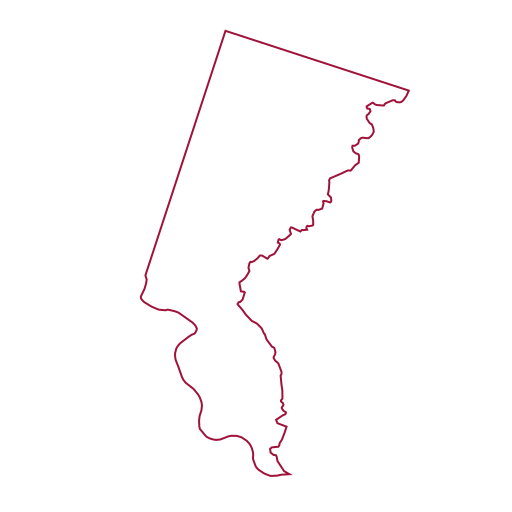 outline of Union, South Dakota, United States of America, rotated 18°
{"feature_id": "52423323B60161926026355", "entity_name": "Union", "entity_type": "district", "adm_level": 2, "iso_a3": "USA", "parent_name": "United States of America", "parent_adm1": "South Dakota", "projection": "robinson", "projection_center": [-96.567, 42.782], "detail": "fine", "context": "isolated", "style": "outline", "palette": "rose", "viewbox_px": 512, "rotation_deg": 18, "n_neighbors": 0, "source": "geoboundaries", "source_scale": "gbopen_adm2", "svg_char_len": 3324}
<svg xmlns="http://www.w3.org/2000/svg" viewBox="0 0 512 512"><g transform="rotate(18 256 256)"><path d="M325.7,405.6L331.0,398.9L332.4,397.9L332.9,397.0L333.0,396.0L332.5,395.3L329.9,394.7L327.7,393.0L327.3,392.1L327.6,390.8L328.1,389.9L328.0,388.8L326.9,387.5L325.2,386.9L324.6,386.4L324.4,385.5L325.0,384.0L325.1,383.1L322.6,375.7L320.0,370.5L316.4,362.2L316.7,360.4L316.2,358.5L310.4,351.2L306.6,349.6L304.3,347.6L304.0,346.5L304.5,343.7L304.3,341.5L301.9,337.9L301.1,337.5L299.4,337.4L291.9,332.2L288.5,327.6L287.7,327.4L283.8,323.1L278.1,320.1L274.8,319.4L272.2,319.1L264.6,315.0L259.4,311.2L253.9,307.9L253.3,307.3L253.8,305.3L255.2,304.6L256.7,301.6L256.6,294.1L255.7,293.7L252.6,294.3L249.0,287.7L248.4,286.2L250.5,283.5L252.4,280.4L253.4,277.2L254.4,272.3L252.5,269.6L252.0,265.0L252.5,263.3L253.5,263.3L255.7,261.5L258.2,257.6L259.5,254.4L261.6,253.7L267.7,255.1L268.1,254.6L268.8,251.9L272.8,248.3L274.3,242.8L275.3,238.0L275.2,237.5L274.5,236.8L272.6,236.5L272.4,233.4L272.9,232.8L275.1,233.2L278.0,231.3L278.7,230.7L282.3,224.8L282.4,224.1L279.9,220.8L280.3,218.1L281.3,217.8L285.9,218.4L290.6,219.0L291.8,216.9L292.9,216.8L296.5,215.2L295.3,214.0L295.1,212.3L295.6,211.4L297.2,211.3L300.1,209.7L300.8,208.8L299.5,204.8L297.4,200.8L297.4,200.4L297.8,195.9L299.1,193.6L299.6,193.1L301.0,193.0L304.3,190.4L304.0,185.2L302.9,183.3L303.1,182.8L306.2,182.1L309.9,182.2L310.6,181.3L310.5,180.0L309.2,177.2L305.3,175.2L305.0,172.0L304.6,169.8L304.3,168.5L303.0,163.2L302.2,161.8L302.2,160.5L302.5,159.2L311.1,151.7L314.1,148.9L316.9,146.2L319.2,145.7L319.9,145.2L320.7,142.9L322.4,138.8L324.9,135.6L323.4,129.6L322.3,127.8L321.7,127.5L319.2,127.5L316.3,126.4L314.0,123.2L313.7,121.3L315.9,120.6L318.4,117.6L318.4,115.6L318.0,113.9L319.6,111.3L321.1,110.4L323.6,110.0L326.3,109.3L326.9,108.9L328.2,106.8L329.1,104.6L329.6,101.5L328.1,98.2L325.5,95.0L323.3,94.6L319.0,91.3L318.6,90.6L317.9,88.8L318.0,87.7L319.1,86.4L320.1,83.2L320.1,82.8L318.7,81.0L317.5,81.1L316.4,81.4L315.6,80.8L315.0,79.5L319.4,74.2L320.2,74.2L322.2,75.0L324.1,75.1L330.4,73.6L331.2,73.2L331.6,71.4L332.4,70.4L337.7,65.8L339.8,65.0L341.5,66.0L342.5,66.1L345.3,65.4L346.5,64.7L348.0,62.3L349.6,57.2L350.2,51.5L157.4,51.3L156.8,308.5L159.3,312.2L160.0,316.4L160.1,321.9L159.0,330.1L159.7,331.8L160.9,332.8L163.9,334.4L172.2,336.4L180.0,337.1L187.0,335.5L188.1,334.5L189.4,334.2L195.7,333.6L199.8,333.8L216.5,339.0L220.0,341.0L222.0,343.1L222.3,343.8L222.3,345.4L221.9,347.9L221.2,349.2L219.3,350.6L216.9,353.6L211.2,361.9L210.0,364.2L209.0,367.3L208.8,369.1L209.1,373.6L210.1,376.5L211.6,379.5L216.6,385.6L223.0,394.0L225.4,396.4L228.4,398.3L237.8,401.8L243.7,405.6L246.2,407.8L249.2,411.6L250.7,414.6L251.8,419.6L251.8,425.2L252.1,427.2L252.8,430.4L254.7,435.4L255.9,437.7L263.8,442.7L265.3,443.3L268.2,443.8L272.4,443.7L275.0,443.2L278.8,441.5L285.3,436.2L287.8,434.7L293.4,433.0L298.3,432.9L304.3,434.6L307.8,436.6L309.4,437.9L311.3,439.9L313.8,443.6L314.9,446.3L315.5,449.0L316.4,450.7L320.5,455.9L322.0,457.2L324.5,458.5L331.0,460.3L336.9,460.7L338.6,460.4L344.1,458.3L347.4,456.3L355.2,453.2L349.2,451.9L339.9,444.5L337.6,440.4L336.5,439.3L334.2,439.8L330.6,438.4L329.0,435.1L330.2,433.1L336.2,430.5L336.7,429.0L336.3,426.8L337.4,422.7L337.8,415.4L337.8,408.9L328.1,408.4L325.7,405.6Z" fill="none" stroke="#9f1239" stroke-width="2"/></g></svg>